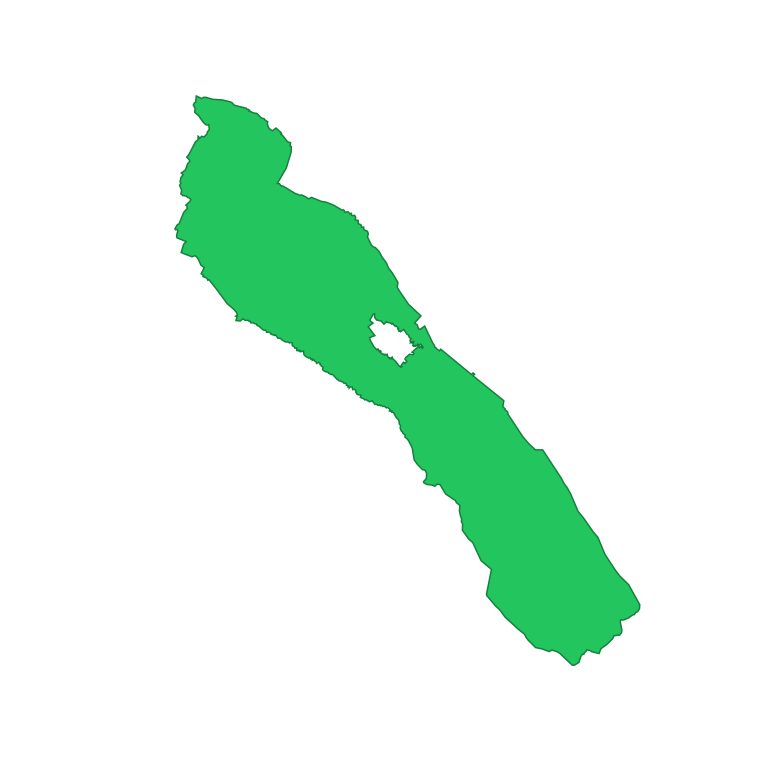 the district of Ucea, Brasov, Romania, rotated 326°
{"feature_id": "2599482B38717766097303", "entity_name": "Ucea", "entity_type": "district", "adm_level": 2, "iso_a3": "ROU", "parent_name": "Romania", "parent_adm1": "Brasov", "projection": "albers", "projection_center": [24.681, 45.719], "detail": "fine", "context": "isolated", "style": "filled", "palette": "green", "viewbox_px": 768, "rotation_deg": 326, "n_neighbors": 0, "source": "geoboundaries", "source_scale": "gbopen_adm2", "svg_char_len": 6099}
<svg xmlns="http://www.w3.org/2000/svg" viewBox="0 0 768 768"><g transform="rotate(326 384 384)"><path d="M472.6,710.1L474.6,687.2L472.1,675.1L471.7,668.1L471.9,648.7L475.6,630.7L474.7,622.9L474.5,607.4L473.7,598.1L477.3,579.2L477.9,571.8L477.6,567.3L478.3,561.2L478.7,527.3L472.8,523.4L470.8,515.4L469.6,505.3L469.9,478.8L470.9,476.0L469.9,472.9L470.5,472.4L469.9,469.2L474.0,464.9L462.4,427.1L464.6,426.6L464.0,424.6L461.8,425.1L450.5,386.9L448.5,387.5L447.3,384.1L447.3,382.7L446.6,381.8L447.4,380.2L447.3,377.5L450.1,358.7L444.5,358.9L443.5,357.6L444.6,353.5L443.5,350.5L452.7,348.2L448.9,331.8L448.8,316.5L449.0,311.3L452.3,307.7L453.0,296.9L452.6,290.2L453.7,285.1L453.4,277.7L454.0,271.3L453.1,265.9L452.2,265.1L451.2,262.2L452.5,252.9L454.5,251.2L455.5,249.4L455.5,247.5L454.7,247.0L453.7,244.4L454.9,242.6L453.1,241.5L453.9,239.5L453.4,238.1L452.4,237.1L452.6,236.0L454.1,234.1L451.9,231.7L453.8,230.0L453.9,227.6L452.2,227.0L451.4,225.8L452.4,224.3L450.9,223.7L450.6,221.3L447.6,219.7L448.0,217.7L447.5,216.7L446.5,216.5L442.4,207.8L437.7,200.9L434.2,197.6L428.2,188.7L425.2,188.5L422.9,183.5L421.2,181.0L419.6,180.5L418.3,177.9L417.5,177.6L410.9,163.4L409.3,161.9L409.4,159.4L407.7,158.1L423.8,150.3L436.6,139.9L439.9,135.4L439.3,134.0L441.5,131.7L439.5,129.3L438.9,121.0L438.1,119.4L439.2,118.8L438.8,118.0L439.2,117.8L437.6,111.4L433.1,111.7L431.9,109.1L431.7,106.9L432.7,103.1L434.2,101.6L433.0,98.7L433.0,97.2L431.1,94.9L429.9,88.7L427.3,86.1L424.8,82.2L425.6,81.9L425.1,80.5L424.1,80.0L424.1,78.5L415.8,69.2L415.3,65.7L414.3,64.1L408.8,58.1L401.3,52.3L396.3,46.4L394.5,45.4L392.7,45.6L389.4,40.3L385.4,45.1L384.1,44.9L381.9,46.1L381.5,49.8L379.0,53.0L380.4,58.1L380.4,64.8L380.9,68.3L381.7,70.1L383.7,71.0L381.5,75.3L378.6,76.2L377.2,77.6L372.9,78.6L371.5,76.7L368.3,77.2L367.8,76.3L368.7,75.5L368.4,74.7L366.2,77.7L363.4,77.6L350.9,84.5L347.3,85.6L348.0,89.1L347.3,91.0L344.5,91.5L339.1,95.5L333.9,95.7L334.5,98.2L331.0,99.3L328.1,102.3L327.6,104.2L325.7,104.9L324.5,110.4L321.9,112.8L322.4,113.6L322.4,115.1L325.3,117.7L325.4,119.4L326.5,120.6L327.0,123.2L324.7,124.2L319.8,124.9L320.3,125.7L319.1,128.5L314.1,129.6L303.6,136.7L301.9,136.3L297.5,138.4L297.3,139.5L298.8,140.2L299.0,141.3L294.9,145.1L294.1,147.1L299.6,155.3L296.1,156.1L289.3,161.6L295.9,171.1L298.9,171.9L299.7,173.3L299.8,176.5L298.7,183.1L300.1,187.0L294.1,190.3L295.0,193.3L294.0,193.7L296.3,197.0L296.0,199.4L297.2,199.6L298.2,211.8L298.9,229.8L301.2,237.8L301.8,242.6L300.8,244.9L299.0,244.8L299.8,246.0L296.8,248.6L300.0,251.4L303.5,251.0L304.4,253.5L307.1,255.4L307.2,256.7L308.3,257.3L307.8,258.9L310.0,260.3L310.5,261.7L311.9,262.8L311.5,264.6L312.6,266.0L314.1,271.8L316.1,273.5L315.6,275.4L317.7,276.7L318.5,278.7L318.1,279.4L320.4,282.5L321.5,282.6L321.7,286.8L323.6,288.1L324.3,291.1L326.1,294.3L327.4,295.0L328.8,297.3L330.0,297.5L330.9,298.9L329.6,300.3L329.5,301.2L330.4,302.4L330.1,304.4L331.8,305.4L330.4,307.4L331.9,309.0L331.9,308.3L332.7,308.4L333.3,309.6L332.8,310.5L335.6,311.8L334.0,315.0L334.6,317.6L336.2,320.5L337.4,320.7L337.2,322.7L338.6,323.3L337.8,324.3L339.5,324.8L339.2,325.8L340.2,327.6L339.6,329.2L342.1,329.7L342.6,331.2L341.8,332.0L342.3,333.1L342.0,334.3L343.0,336.0L341.2,337.7L341.2,338.4L342.2,341.0L344.2,342.9L344.2,344.1L345.5,346.7L346.7,347.1L347.6,353.5L348.3,354.6L348.1,355.6L351.0,359.2L351.3,361.1L352.2,361.2L352.9,362.9L352.1,363.8L353.3,365.6L352.4,366.3L353.6,367.2L353.1,367.8L354.3,367.5L355.9,368.5L354.9,371.2L356.4,371.6L357.1,373.9L356.1,374.9L355.9,377.6L358.7,380.5L356.9,381.9L358.8,384.7L359.2,386.4L360.8,387.1L360.8,388.5L361.5,389.0L362.0,390.6L364.9,391.4L365.0,395.8L366.3,396.5L367.1,398.4L368.5,398.7L368.8,400.0L369.7,400.0L370.4,401.9L371.8,402.7L372.7,405.2L373.8,405.4L374.8,407.9L373.5,409.3L374.5,409.7L374.1,410.3L375.4,410.9L374.7,411.7L376.1,413.0L375.6,414.3L376.1,415.0L375.5,416.3L375.4,418.9L376.0,422.5L374.3,425.7L374.5,427.7L372.7,429.6L372.0,432.8L372.6,434.1L372.1,435.3L373.0,438.0L371.7,439.6L372.5,442.3L372.6,444.7L371.7,452.6L366.6,463.8L366.7,468.9L368.0,476.6L369.3,477.6L369.7,479.0L369.5,481.7L366.3,486.0L362.1,487.1L361.8,488.3L363.2,491.1L367.2,494.5L369.1,497.3L371.7,496.7L374.2,498.4L373.6,509.7L378.0,520.6L377.7,522.8L378.9,527.1L375.3,531.8L373.3,537.2L373.2,538.8L371.2,541.4L370.9,544.0L367.2,549.1L367.5,560.2L368.9,564.9L365.7,584.8L369.4,597.8L351.3,615.7L350.9,616.9L352.3,630.1L353.7,636.0L354.0,644.9L358.2,662.4L360.6,670.1L360.1,673.7L360.3,677.2L362.3,687.3L367.0,692.1L371.2,698.1L374.6,698.6L377.9,702.9L379.1,705.6L382.9,722.6L384.8,723.6L390.0,723.8L394.8,720.0L397.4,718.9L398.6,719.8L399.7,718.9L401.8,718.8L403.1,717.7L405.7,720.0L406.5,722.1L411.6,727.7L415.8,724.8L424.0,724.4L431.2,723.0L433.9,721.3L439.0,723.9L441.6,723.2L443.5,721.3L446.9,713.2L448.1,712.0L450.9,713.7L456.0,714.7L461.3,714.5L462.5,715.2L464.7,714.2L467.0,714.6L470.1,713.2L472.6,710.1ZM414.2,320.1L415.4,320.5L413.6,323.5L413.6,326.7L416.9,330.3L417.4,334.4L421.0,333.8L420.9,334.5L423.3,336.9L424.0,338.7L424.8,338.4L425.6,342.5L426.4,342.3L427.3,345.9L426.2,345.9L425.9,348.7L426.9,348.7L427.0,349.9L430.9,349.8L430.9,355.8L431.8,357.2L431.0,359.2L431.8,361.7L430.7,361.8L429.6,362.9L430.2,364.1L428.9,364.6L430.2,365.6L431.7,364.9L432.3,365.7L430.5,366.6L430.2,368.0L429.4,368.2L429.5,369.2L431.3,369.6L431.0,370.2L431.8,370.4L434.4,369.9L434.5,370.7L433.4,370.8L433.4,371.8L436.8,371.5L437.0,375.5L435.8,375.8L435.5,373.6L433.8,373.9L433.9,372.5L433.5,372.2L425.0,373.3L425.9,374.7L425.6,375.6L424.5,376.0L421.8,373.6L416.9,374.2L415.3,375.0L415.5,378.0L413.0,378.6L412.3,376.8L408.0,378.5L408.5,379.6L407.4,379.6L406.3,376.0L406.7,374.5L406.2,373.2L406.4,372.0L405.3,367.5L405.8,366.3L404.9,366.3L404.9,368.2L404.7,366.9L403.1,366.6L403.3,365.3L402.3,364.7L402.3,364.1L403.1,361.2L402.5,361.4L401.6,360.0L400.7,360.3L400.4,359.0L399.8,359.0L398.7,355.6L399.6,355.5L399.7,354.8L399.3,353.8L398.2,354.1L398.6,351.6L396.9,351.5L397.0,349.8L396.4,348.1L397.1,339.9L397.9,337.5L403.5,338.8L402.9,327.7L409.0,327.4L408.0,324.1L408.2,323.0L414.2,320.1Z" fill="#22c55e" stroke="#15803d" stroke-width="1.5"/></g></svg>